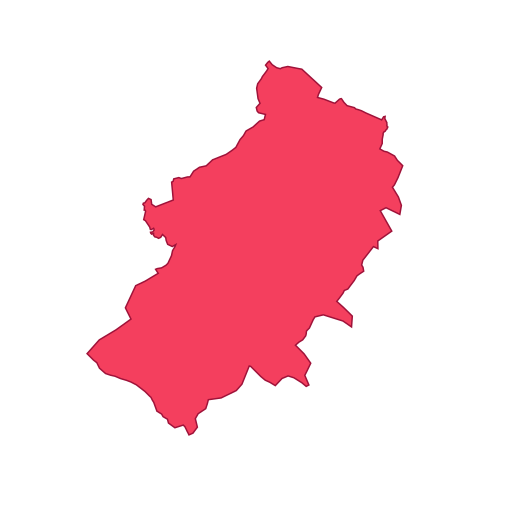 Song, Adamawa, Nigeria, rotated 135°
{"feature_id": "59680162B82996162763265", "entity_name": "Song", "entity_type": "district", "adm_level": 2, "iso_a3": "NGA", "parent_name": "Nigeria", "parent_adm1": "Adamawa", "projection": "albers", "projection_center": [12.591, 9.831], "detail": "fine", "context": "isolated", "style": "filled", "palette": "rose", "viewbox_px": 512, "rotation_deg": 135, "n_neighbors": 0, "source": "geoboundaries", "source_scale": "gbopen_adm2", "svg_char_len": 3176}
<svg xmlns="http://www.w3.org/2000/svg" viewBox="0 0 512 512"><g transform="rotate(135 256 256)"><path d="M263.4,367.9L274.9,354.1L292.2,361.7L293.2,366.3L290.3,370.1L291.3,372.8L293.9,372.7L297.0,372.2L298.3,373.0L299.5,372.4L299.6,370.1L302.6,367.5L302.0,366.8L302.4,365.7L309.7,361.1L309.2,359.2L310.7,351.6L311.9,349.5L311.3,348.7L308.8,348.0L309.1,347.2L309.8,346.3L312.1,346.1L313.8,347.4L314.3,346.5L314.3,345.2L312.5,344.4L313.8,343.1L314.0,341.0L313.0,339.5L312.4,337.4L310.2,336.6L306.9,337.3L306.8,332.9L308.6,330.4L310.2,326.7L308.5,321.9L304.7,320.8L307.1,319.8L311.2,318.8L315.5,316.0L318.8,314.8L323.5,313.1L326.2,313.1L331.2,314.4L334.7,316.9L336.4,317.6L337.4,312.9L339.4,313.4L344.2,314.6L352.2,316.6L362.0,320.1L385.0,311.7L389.0,299.8L407.3,302.8L426.1,307.5L444.5,306.4L444.5,297.3L444.0,293.1L446.0,287.3L445.5,279.3L443.1,274.5L440.7,270.7L438.4,265.0L435.5,259.7L433.6,255.5L432.1,250.8L431.7,249.7L430.3,238.8L430.3,232.1L430.2,230.3L431.2,227.4L431.8,224.8L435.8,216.3L434.5,211.0L435.3,208.1L434.0,203.2L436.0,199.8L434.8,191.9L427.0,187.9L427.0,185.5L428.2,181.9L428.5,181.2L429.2,178.9L429.9,176.9L425.8,175.3L423.4,175.7L418.5,176.4L413.9,183.9L408.4,185.4L399.5,183.6L394.8,186.0L391.3,188.1L381.0,180.3L365.1,174.8L356.6,175.3L338.6,183.0L337.8,181.7L337.8,180.4L337.8,175.5L337.8,167.4L337.3,161.7L335.5,156.9L334.0,150.7L324.2,151.0L318.1,148.5L315.3,143.1L313.2,134.0L312.7,128.3L309.8,127.4L305.9,137.1L301.1,138.7L293.1,141.5L291.2,152.8L291.2,165.0L286.8,164.8L282.3,163.7L277.3,164.4L275.3,165.6L274.6,166.3L273.2,167.3L269.2,167.3L260.6,170.5L257.4,171.3L250.0,166.8L240.5,148.6L238.6,138.3L230.4,145.4L230.5,157.4L231.0,166.8L226.7,167.3L220.7,168.2L217.9,169.2L214.4,167.7L210.5,168.3L203.9,169.2L198.7,170.6L195.4,170.1L190.6,169.1L188.3,172.4L187.7,174.9L183.4,177.5L166.3,179.6L164.6,175.0L159.3,180.5L158.7,180.4L142.4,177.6L136.1,200.2L129.9,198.2L124.9,183.7L117.4,189.0L113.6,197.0L110.9,208.2L107.9,208.4L100.2,211.0L88.4,216.1L88.4,223.7L87.4,228.4L87.3,228.7L89.6,236.6L91.5,239.7L92.7,244.2L87.2,246.3L84.0,249.4L80.3,251.9L79.6,252.7L78.1,253.3L76.5,252.9L74.7,253.3L73.5,253.2L72.6,253.8L72.2,253.7L72.1,253.9L71.6,254.1L71.7,254.4L71.5,255.3L71.3,255.7L71.1,255.9L70.8,255.9L70.5,256.3L70.0,257.0L69.2,257.7L67.9,261.6L67.4,262.4L66.0,263.4L67.3,264.2L70.9,263.4L77.3,279.8L77.7,281.1L78.7,284.1L80.1,287.0L81.5,289.4L81.5,291.3L85.3,297.9L85.2,302.4L84.4,306.5L84.4,307.0L84.9,307.3L85.3,307.6L86.5,307.9L87.3,307.9L92.1,308.2L92.9,309.4L97.1,318.9L100.4,324.6L99.7,325.0L97.6,326.1L90.4,328.7L91.5,355.7L93.5,358.6L99.5,367.5L104.3,370.6L106.4,371.3L108.3,374.6L109.3,379.9L108.8,384.4L110.7,384.6L114.3,384.2L114.9,380.0L117.3,379.4L121.2,378.8L124.5,378.4L126.7,377.6L133.0,376.6L136.9,374.2L143.3,365.8L145.2,361.1L150.8,360.8L152.7,357.7L152.9,355.5L149.2,349.4L153.8,346.6L158.1,348.9L166.9,349.3L174.5,351.4L175.5,351.2L179.7,350.0L184.9,349.6L193.6,347.0L193.8,347.1L198.0,347.6L204.0,348.7L205.4,349.0L218.6,354.7L227.5,355.0L233.2,358.7L240.1,360.1L246.7,358.6L248.6,360.4L253.6,363.3L254.2,363.9L255.1,366.0L259.6,368.7L261.8,367.4L263.4,367.9Z" fill="#f43f5e" stroke="#9f1239" stroke-width="1.5"/></g></svg>